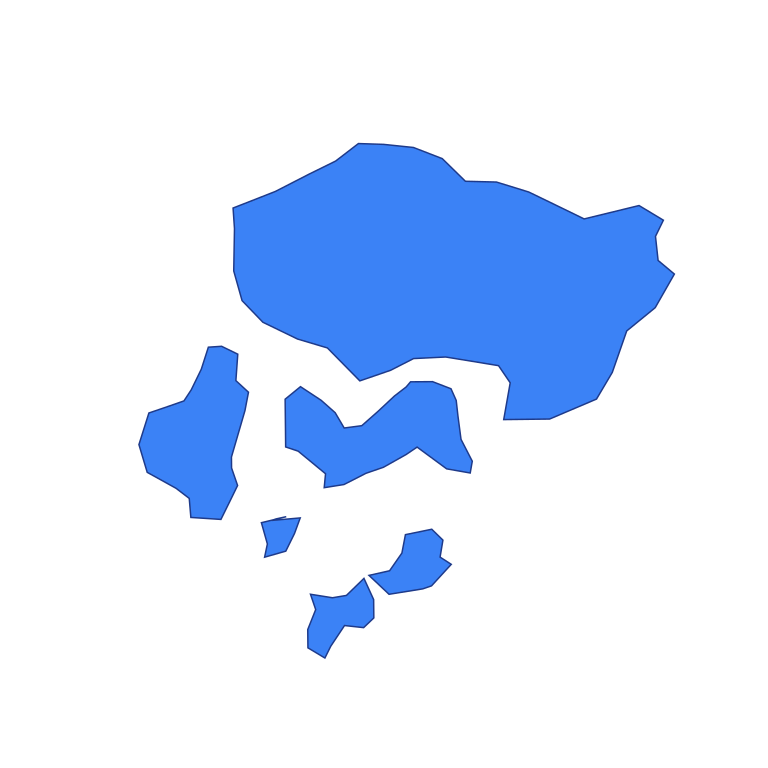 Ganghwa-gun, Gyeonggi, South Korea, rotated 296°
{"feature_id": "91817680B24929628173287", "entity_name": "Ganghwa-gun", "entity_type": "district", "adm_level": 2, "iso_a3": "KOR", "parent_name": "South Korea", "parent_adm1": "Gyeonggi", "projection": "orthographic", "projection_center": [126.329, 37.696], "detail": "fine", "context": "isolated", "style": "filled", "palette": "blue", "viewbox_px": 768, "rotation_deg": 296, "n_neighbors": 0, "source": "geoboundaries", "source_scale": "gbopen_adm2", "svg_char_len": 1713}
<svg xmlns="http://www.w3.org/2000/svg" viewBox="0 0 768 768"><g transform="rotate(296 384 384)"><path d="M588.9,255.6L563.2,242.8L540.1,224.9L509.4,201.9L476.0,171.2L458.1,181.5L419.7,199.4L396.7,219.9L386.4,248.1L386.5,286.6L391.6,317.3L376.2,360.9L399.3,384.0L419.8,399.4L435.3,427.6L450.7,478.9L440.4,496.9L404.5,507.2L425.1,548.2L463.6,581.6L494.5,584.1L538.1,578.9L571.5,594.3L610.1,596.8L615.2,576.2L635.7,563.3L650.8,563.3L653.7,563.3L656.2,535.0L620.1,491.5L620.1,463.2L620.0,429.9L614.8,396.5L601.9,368.3L612.1,337.6L609.5,306.8L599.2,278.6L588.9,255.6ZM353.3,497.2L368.0,477.5L387.8,464.4L400.9,456.1L409.1,446.3L407.4,426.6L397.6,406.9L391.0,405.2L377.9,398.7L356.5,390.5L336.8,382.3L327.0,367.5L336.8,352.7L341.8,334.7L345.0,310.1L327.0,301.8L297.5,316.6L284.3,323.2L286.0,336.3L277.7,370.8L264.6,375.7L276.1,392.1L295.8,406.9L308.9,420.0L330.3,434.8L341.8,441.4L335.2,477.5L341.8,500.5L353.3,497.2ZM281.1,211.6L266.3,196.9L254.9,185.4L222.1,190.3L200.8,209.9L199.1,242.7L195.8,259.1L179.4,268.9L190.8,296.8L212.2,296.9L228.6,296.9L241.7,283.8L251.5,278.9L299.1,270.7L317.2,265.8L322.1,249.4L346.7,239.5L346.7,221.5L340.1,210.0L317.2,213.3L294.2,213.3L281.1,211.6ZM218.6,470.9L205.4,454.4L197.2,480.7L216.9,508.7L223.4,515.2L251.4,523.5L253.0,510.3L269.5,505.4L274.4,490.6L258.0,469.3L239.9,474.2L218.6,470.9ZM200.5,451.2L177.5,442.9L169.3,431.4L162.8,410.1L151.3,421.5L129.9,423.1L113.5,431.3L111.8,451.0L125.0,451.1L149.6,454.4L156.1,472.5L169.3,477.4L185.7,469.2L200.5,451.2ZM213.7,344.4L205.6,334.6L189.1,349.3L176.0,352.6L190.7,369.0L210.4,369.1L226.9,367.4L212.1,342.8L213.7,344.4ZM213.7,344.4L221.9,354.3L215.4,346.1L213.7,344.4Z" fill="#3b82f6" stroke="#1e3a8a" stroke-width="1.5"/></g></svg>